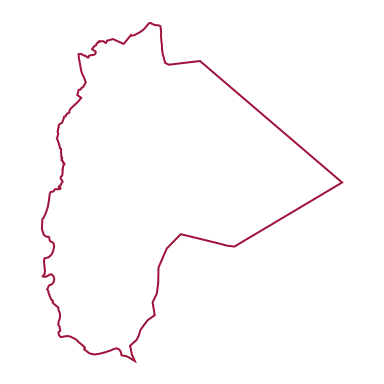 Huautepec, Oaxaca, Mexico (orthographic projection)
{"feature_id": "50627088B22205317391401", "entity_name": "Huautepec", "entity_type": "district", "adm_level": 2, "iso_a3": "MEX", "parent_name": "Mexico", "parent_adm1": "Oaxaca", "projection": "orthographic", "projection_center": [-96.804, 18.07], "detail": "fine", "context": "isolated", "style": "outline", "palette": "rose", "viewbox_px": 384, "rotation_deg": 0, "n_neighbors": 0, "source": "geoboundaries", "source_scale": "gbopen_adm2", "svg_char_len": 4804}
<svg xmlns="http://www.w3.org/2000/svg" viewBox="0 0 384 384"><path d="M130.9,35.1L130.3,35.8L125.0,42.4L123.6,43.9L119.4,42.0L112.8,39.0L111.2,39.6L110.4,39.8L108.6,40.4L107.9,40.3L107.1,40.6L106.6,41.7L106.3,42.4L105.8,43.0L104.6,42.2L103.6,41.3L102.0,41.2L100.7,41.5L99.9,41.1L99.4,41.2L98.9,41.4L99.2,41.8L98.8,42.2L98.4,42.4L98.1,42.5L97.6,42.7L97.1,43.1L96.8,43.4L96.6,43.7L96.5,43.9L96.4,44.7L96.2,45.0L96.0,45.3L95.7,45.5L95.1,45.7L94.7,45.9L94.4,46.2L92.2,48.7L92.1,48.9L92.1,49.1L92.2,49.4L92.4,49.6L93.3,50.1L95.5,51.4L95.7,51.7L95.7,52.0L95.5,53.5L95.3,53.8L94.9,54.1L94.5,54.4L94.1,54.7L93.9,54.8L93.7,54.9L93.0,55.0L92.3,55.1L91.9,55.1L91.2,55.1L90.7,55.2L89.7,55.6L89.0,55.8L88.8,56.1L88.7,56.2L88.6,56.6L88.6,56.9L88.6,57.2L88.4,57.5L88.0,57.5L87.5,57.4L87.2,57.3L86.9,57.1L86.6,56.8L86.2,56.4L86.0,56.2L85.7,56.0L85.3,56.0L85.1,55.8L84.6,55.5L84.0,55.6L83.3,55.2L81.2,54.0L79.8,54.1L78.6,54.2L78.8,57.2L78.9,58.3L79.4,60.7L79.6,61.8L80.6,67.5L81.3,71.3L81.7,72.4L82.8,75.2L83.9,77.4L84.3,78.3L85.8,82.4L83.3,86.8L81.5,88.0L81.1,88.8L80.8,89.4L78.6,89.9L77.3,95.2L81.2,97.8L79.0,100.6L76.6,103.1L71.7,107.6L70.6,108.8L70.2,109.3L69.9,109.8L69.7,110.3L69.3,111.4L69.4,112.4L68.8,113.0L68.1,113.3L67.6,113.3L67.1,113.8L66.1,115.1L65.9,115.4L65.7,115.8L65.6,116.4L64.1,116.7L63.7,118.6L62.9,120.6L62.2,122.5L60.9,123.3L59.2,124.5L58.5,126.4L58.8,127.7L58.2,128.3L57.9,129.7L57.9,130.8L57.6,131.7L57.8,132.6L58.3,134.1L57.7,135.5L57.6,136.8L56.8,138.0L57.7,140.4L58.8,143.1L58.8,144.2L59.5,145.4L59.8,147.2L59.9,148.2L61.1,148.9L61.2,149.8L60.9,151.4L61.0,152.8L61.3,154.7L61.4,155.5L61.3,157.1L61.8,157.4L62.1,157.6L62.0,158.2L61.8,158.7L61.9,158.9L61.9,159.2L61.8,159.5L61.5,159.5L61.4,159.8L61.6,159.9L61.7,160.2L62.3,160.5L62.3,160.8L62.4,161.2L62.8,161.4L62.9,162.0L63.2,162.0L63.3,162.3L63.6,162.4L63.8,162.6L63.8,163.0L63.5,163.5L64.5,164.1L63.8,165.0L63.2,166.0L62.9,168.3L62.8,169.1L62.4,169.4L62.5,169.8L62.7,171.6L62.5,173.5L62.2,175.6L60.8,176.8L60.7,178.5L61.1,179.3L62.4,180.9L62.6,181.8L62.0,182.4L61.5,183.1L61.2,183.9L60.9,184.7L60.8,185.0L60.4,185.5L59.9,185.6L59.7,186.0L59.2,186.1L59.0,186.6L58.8,186.8L58.8,187.2L59.4,187.4L60.0,187.8L60.5,188.1L60.4,188.7L59.9,189.0L59.1,189.2L57.6,189.2L55.9,189.2L55.0,189.2L54.5,189.9L54.1,190.6L53.4,191.2L52.6,191.8L51.7,191.8L51.0,191.9L50.5,192.2L50.2,192.7L49.7,194.2L49.2,198.2L48.9,200.7L48.6,202.5L47.8,207.0L45.8,213.1L43.6,217.8L42.4,219.1L42.3,220.6L41.9,229.1L42.4,230.3L42.8,231.7L43.2,233.0L43.5,233.7L43.6,234.4L43.9,234.9L44.3,235.3L45.6,236.1L46.9,236.9L48.3,236.6L49.2,237.4L49.5,238.6L49.5,239.7L49.7,240.5L50.2,241.2L51.9,242.0L53.5,243.2L54.1,246.0L53.7,248.8L53.0,251.6L51.1,255.1L48.5,257.3L44.6,258.3L44.2,259.3L44.0,261.2L44.4,265.8L45.0,271.1L44.5,274.2L42.7,276.2L43.2,276.6L45.9,276.7L48.6,275.4L50.1,274.4L51.2,274.3L52.2,274.8L53.2,275.9L54.2,278.6L54.1,280.5L53.6,282.1L52.0,284.2L50.8,284.7L49.2,285.4L48.8,285.8L48.3,286.9L47.9,288.1L47.3,288.8L47.1,289.2L47.3,289.5L47.9,290.5L48.4,291.2L48.5,292.7L50.7,298.4L51.4,299.6L52.9,300.8L52.5,302.4L54.2,304.1L57.2,306.6L58.3,307.5L58.3,308.3L58.4,309.6L58.9,311.0L59.6,312.5L60.1,315.2L60.0,317.0L59.8,318.2L59.4,319.6L58.9,320.6L58.7,321.5L58.6,322.3L58.5,323.3L58.4,324.2L58.2,324.9L58.6,325.3L59.7,326.5L59.7,327.9L60.1,329.6L60.1,331.1L59.3,331.6L58.5,332.1L58.5,332.9L59.0,335.0L59.5,335.8L60.1,336.5L60.7,336.9L61.5,337.1L64.2,336.5L65.8,336.2L66.9,336.1L67.9,336.1L69.4,336.3L70.8,336.7L71.8,337.4L73.3,338.0L76.5,339.8L78.9,342.4L80.9,343.9L82.4,345.1L82.9,345.8L83.8,346.3L85.0,347.7L84.1,349.2L86.5,351.1L88.8,352.9L90.6,353.8L91.5,353.9L92.2,353.9L93.4,354.5L96.5,354.2L98.3,353.9L99.6,353.7L102.3,353.0L103.9,352.6L105.0,352.4L105.7,352.1L108.5,351.1L110.7,350.5L112.9,349.4L113.5,349.1L116.8,348.3L118.2,349.0L119.4,349.6L120.6,351.6L121.3,354.0L121.5,355.3L126.1,356.2L127.5,356.7L130.3,358.3L132.9,359.9L134.8,361.0L131.9,354.5L131.0,350.2L130.8,348.9L130.0,345.9L132.3,343.8L136.4,340.1L137.5,338.1L138.4,336.5L140.7,329.5L142.2,327.5L143.0,326.4L147.4,320.5L149.8,318.7L154.7,315.2L153.5,307.8L152.6,302.3L154.8,297.7L156.8,293.6L158.2,283.3L158.4,272.3L158.5,267.5L160.2,263.6L164.4,253.9L166.7,248.6L177.0,238.0L180.8,234.2L198.6,238.5L216.5,242.9L228.5,246.0L229.5,245.9L234.3,246.6L342.1,182.5L223.7,81.3L200.0,61.0L169.0,64.7L165.2,63.0L164.2,59.1L162.7,53.8L162.0,49.1L161.9,44.9L161.8,44.5L161.3,39.9L160.9,34.8L161.2,32.3L160.4,26.1L160.2,26.0L159.6,25.8L158.4,25.3L157.9,25.2L157.1,25.2L156.0,25.2L155.2,25.2L154.8,25.1L154.2,24.7L153.6,24.4L152.7,24.2L152.2,24.0L151.6,23.7L151.1,23.2L150.7,23.0L150.0,23.0L148.9,23.4L148.0,24.3L147.5,25.1L145.9,26.8L145.4,27.6L144.8,28.3L144.3,28.8L143.5,29.6L140.6,31.7L139.4,32.5L137.7,33.4L134.5,35.1L131.4,35.7L131.1,35.5L130.9,35.1Z" fill="none" stroke="#9f1239" stroke-width="2"/></svg>